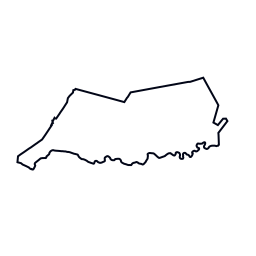 Piedras Negras, Coahuila, Mexico, rotated 113°
{"feature_id": "50627088B9984544896991", "entity_name": "Piedras Negras", "entity_type": "district", "adm_level": 2, "iso_a3": "MEX", "parent_name": "Mexico", "parent_adm1": "Coahuila", "projection": "albers", "projection_center": [-100.532, 28.774], "detail": "fine", "context": "isolated", "style": "outline", "palette": "ink", "viewbox_px": 256, "rotation_deg": 113, "n_neighbors": 0, "source": "geoboundaries", "source_scale": "gbopen_adm2", "svg_char_len": 5649}
<svg xmlns="http://www.w3.org/2000/svg" viewBox="0 0 256 256"><g transform="rotate(113 128 128)"><path d="M128.5,194.2L135.5,195.4L140.7,196.5L141.0,196.5L147.4,197.8L147.7,198.9L147.4,199.6L147.6,199.6L149.4,199.8L149.8,199.9L150.2,199.8L150.5,200.0L150.8,199.9L150.9,200.0L151.0,200.4L151.5,200.1L152.1,199.6L152.6,199.2L152.8,199.7L153.6,199.7L154.4,199.8L154.7,199.8L155.4,199.8L155.3,199.3L155.9,199.4L156.3,199.5L157.5,199.7L158.0,199.8L158.4,199.9L159.4,200.1L159.6,200.1L162.8,200.7L166.5,201.4L169.9,202.1L172.2,202.6L176.5,205.3L176.9,205.5L177.4,205.8L178.6,206.6L183.8,209.8L185.8,211.2L191.1,214.5L194.3,216.6L197.0,218.2L202.7,216.4L202.7,216.1L202.4,214.4L202.2,212.6L202.3,212.3L202.7,211.1L202.8,210.8L202.8,210.4L202.9,206.5L203.0,205.3L203.0,204.5L203.1,203.7L203.3,203.3L203.6,202.4L203.7,202.0L203.7,201.5L203.7,201.2L203.4,200.9L203.4,200.6L203.4,200.4L203.6,200.2L203.5,199.6L203.4,199.3L203.1,199.1L202.9,199.0L202.4,198.9L201.5,198.8L200.5,198.7L199.0,198.7L198.9,198.7L198.7,198.8L197.8,199.7L197.2,199.9L196.6,199.9L196.1,199.7L193.5,198.3L192.6,197.8L190.6,196.8L190.0,196.4L189.7,195.9L189.3,195.3L188.9,194.6L188.5,193.6L188.2,193.0L187.9,192.2L187.7,191.9L187.0,191.7L186.6,191.8L186.1,191.9L185.9,191.8L185.6,191.7L185.1,191.4L183.0,190.4L182.8,190.4L182.4,190.4L181.7,190.6L181.3,190.6L180.4,190.4L179.5,190.1L178.8,189.6L178.2,189.1L177.8,188.5L177.7,188.4L177.6,188.0L177.6,187.8L177.5,187.1L177.1,185.6L176.0,182.4L175.8,181.7L175.3,180.0L174.8,178.8L174.6,178.0L174.2,176.9L174.0,176.4L173.9,175.7L173.8,175.0L173.7,174.4L173.4,173.8L173.1,172.5L173.0,172.0L173.0,171.5L172.9,169.9L172.9,169.5L172.8,168.3L172.8,167.7L172.5,166.4L172.3,164.8L172.2,164.3L172.2,163.9L172.3,163.7L173.0,162.9L173.2,162.6L173.7,162.0L173.8,161.7L174.1,161.1L174.7,158.7L174.7,158.4L174.6,158.1L174.3,157.4L174.2,156.8L174.1,155.7L174.1,155.0L174.2,153.9L174.3,153.0L174.6,152.0L174.7,151.4L174.7,150.4L174.6,149.6L174.6,148.3L174.5,147.7L174.4,146.7L174.4,146.0L174.2,145.6L173.8,145.4L173.2,145.4L172.7,145.4L172.4,145.5L172.1,145.5L171.7,145.5L171.2,145.2L170.7,144.6L170.6,144.0L170.6,143.6L170.7,143.2L170.9,142.8L171.1,142.3L171.1,140.8L171.0,140.1L170.6,139.4L170.0,138.6L169.2,137.9L168.3,137.0L167.9,136.7L167.6,136.5L167.3,136.5L166.9,136.6L166.3,136.9L165.7,137.3L165.0,137.6L164.5,137.7L164.1,137.6L163.2,137.1L162.4,136.5L162.0,136.1L161.8,135.3L161.9,134.5L162.3,133.2L162.6,132.7L163.1,132.3L163.5,131.7L163.8,130.7L163.7,129.8L163.4,128.9L163.0,128.1L162.7,127.9L161.9,127.7L161.6,127.6L161.3,127.1L160.7,126.1L160.3,125.3L160.0,124.6L159.8,123.9L159.9,123.4L160.0,122.9L160.2,122.5L160.6,122.0L161.0,121.6L161.4,121.4L161.8,121.0L162.0,120.6L162.2,120.0L162.3,119.0L162.4,118.2L162.4,117.5L162.1,115.2L162.1,114.2L161.9,113.1L161.7,112.5L161.4,112.0L161.2,111.3L160.9,110.6L160.7,110.5L160.1,110.4L159.5,110.3L158.8,110.0L158.1,109.5L157.7,109.0L157.3,108.3L156.7,107.7L156.2,107.1L156.0,106.9L155.9,106.6L156.0,106.0L156.0,105.4L156.0,105.1L156.3,104.6L156.3,103.8L156.2,103.3L156.1,102.6L155.9,102.0L155.8,101.4L155.9,101.1L155.9,100.4L155.8,100.1L155.3,99.6L154.9,99.4L153.7,99.0L152.7,98.6L152.2,98.5L151.7,98.5L150.9,98.4L148.6,98.0L148.1,98.1L147.3,98.4L146.7,98.5L146.2,98.7L145.8,98.8L145.4,99.1L144.9,99.5L144.4,99.7L144.1,99.7L143.6,99.4L143.1,99.0L142.6,98.4L142.3,97.6L142.1,96.8L141.8,95.9L141.6,95.3L141.5,94.9L141.4,94.5L141.5,93.9L141.7,93.2L142.4,91.2L142.8,90.2L143.2,88.9L143.4,87.9L143.3,87.5L143.0,87.0L140.8,84.6L140.3,84.0L139.1,82.9L138.7,82.8L138.2,82.5L137.1,81.9L135.8,81.0L135.4,80.6L134.7,79.4L134.6,79.2L134.6,78.9L134.7,78.5L134.9,78.1L135.0,77.7L135.0,77.2L135.1,76.8L135.2,76.3L135.3,76.1L135.4,75.4L135.2,74.7L135.1,74.4L134.4,74.1L133.6,74.0L133.0,74.0L132.7,74.1L132.5,74.3L132.2,74.3L131.8,74.2L131.4,73.9L131.1,73.4L131.0,73.2L130.9,72.7L130.9,72.3L130.9,71.9L130.9,71.4L130.9,71.1L131.1,70.8L131.4,70.4L131.9,69.9L132.6,69.5L133.4,69.3L134.2,69.2L134.6,69.0L135.0,68.7L135.5,68.1L135.6,67.6L135.6,67.0L135.4,66.4L135.2,66.0L134.8,65.5L134.4,65.4L133.9,65.5L133.4,65.6L133.1,65.9L132.7,66.2L132.4,66.4L131.7,66.5L131.3,66.7L130.8,67.1L130.2,67.2L129.7,67.1L129.3,66.9L128.9,66.5L128.6,65.8L128.6,65.5L128.8,64.8L129.0,64.3L129.3,64.0L129.4,63.7L129.4,63.4L129.3,63.0L129.2,62.3L129.3,61.7L129.4,61.2L129.5,61.0L130.2,60.2L130.3,59.9L130.4,59.6L130.3,59.2L130.1,58.9L129.8,58.7L129.5,58.6L128.8,58.4L128.3,58.3L127.7,58.3L127.0,58.3L126.3,58.4L126.1,58.5L125.8,58.8L125.8,59.1L125.7,59.2L125.7,59.3L125.3,59.4L124.8,59.4L124.3,59.2L123.7,58.8L123.1,58.2L123.0,57.9L122.9,57.6L123.0,57.1L123.0,56.4L122.8,55.9L122.3,55.3L121.9,55.1L121.5,54.9L121.1,54.8L120.8,54.6L120.4,54.4L119.9,54.3L119.4,54.4L119.1,54.5L118.9,54.7L118.8,54.9L118.8,55.5L118.9,56.0L118.9,56.4L118.4,57.1L117.9,57.7L117.4,58.0L116.9,58.1L115.8,58.0L115.2,57.8L114.9,57.4L114.7,56.6L114.3,55.4L113.4,53.7L113.0,53.4L112.4,53.2L111.9,52.8L111.5,52.4L111.2,51.9L111.2,51.6L111.3,51.4L111.7,51.0L112.2,50.9L112.6,50.8L113.8,50.8L114.3,50.9L115.1,50.9L115.4,50.8L115.7,50.7L116.1,50.4L116.4,50.0L116.5,49.6L116.6,49.1L116.6,48.6L116.6,47.6L116.4,47.1L115.9,46.6L115.2,46.2L114.4,46.0L113.6,45.9L113.4,45.8L113.0,45.5L112.6,45.2L111.8,44.3L111.5,43.8L110.8,42.3L110.7,42.1L110.4,41.4L110.1,39.5L109.9,39.2L109.2,38.6L109.1,38.2L107.9,37.8L98.9,42.0L97.2,42.9L82.8,39.2L81.1,41.5L82.3,44.1L90.2,46.4L89.6,51.5L71.8,53.7L70.3,55.5L56.5,73.1L52.3,78.4L61.2,88.8L62.1,90.7L77.9,114.8L94.2,139.5L98.8,140.2L99.5,140.3L100.6,140.7L105.6,141.5L106.8,150.5L109.2,167.9L112.5,191.6L113.6,191.8L114.5,193.1L116.9,192.5L121.2,194.3L124.0,195.0L128.8,194.0L128.5,194.2Z" fill="none" stroke="#020617" stroke-width="2"/></g></svg>